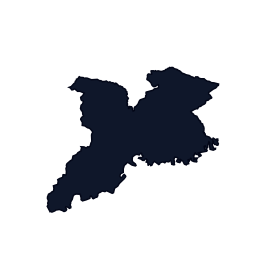 outline of Ntsupe, Qacha's Nek, Lesotho, rotated 344°
{"feature_id": "5366337B15703644997437", "entity_name": "Ntsupe", "entity_type": "district", "adm_level": 2, "iso_a3": "LSO", "parent_name": "Lesotho", "parent_adm1": "Qacha's Nek", "projection": "orthographic", "projection_center": [28.725, -29.92], "detail": "fine", "context": "isolated", "style": "filled", "palette": "ink", "viewbox_px": 256, "rotation_deg": 344, "n_neighbors": 0, "source": "geoboundaries", "source_scale": "gbopen_adm2", "svg_char_len": 5867}
<svg xmlns="http://www.w3.org/2000/svg" viewBox="0 0 256 256"><g transform="rotate(344 128 128)"><path d="M96.2,186.2L98.5,182.2L102.0,181.1L104.4,178.9L110.2,175.8L112.4,174.1L112.4,173.1L111.6,171.7L110.7,171.9L108.1,173.9L107.3,173.7L106.8,171.9L108.3,169.9L111.2,169.4L112.2,165.9L114.2,162.8L115.8,162.2L117.3,161.1L117.9,161.0L119.2,161.9L121.6,164.7L124.6,166.5L125.4,166.2L125.2,164.6L123.1,161.7L123.2,159.8L124.4,156.9L127.9,155.7L129.4,155.8L131.3,157.0L133.3,155.7L134.0,156.0L134.0,158.0L134.8,159.1L134.4,159.7L133.1,160.2L130.4,159.4L129.8,160.0L131.7,161.3L133.1,163.1L134.5,163.6L136.1,162.6L137.1,162.9L137.6,164.3L136.6,164.9L136.1,165.8L137.5,166.4L137.0,169.8L137.9,168.5L139.4,169.4L139.5,170.4L140.6,170.4L142.5,168.3L144.3,167.4L147.5,171.6L148.3,171.4L149.4,170.2L152.2,170.2L153.8,171.6L154.3,171.3L154.3,170.8L155.1,170.6L157.9,171.8L159.7,170.9L160.3,171.7L160.1,173.4L160.4,174.4L160.1,175.0L162.0,176.1L162.6,176.0L162.6,175.0L163.5,173.0L163.3,171.3L164.5,169.2L165.0,168.9L167.1,170.0L167.7,171.0L167.4,172.0L166.5,172.2L165.6,173.2L165.7,173.7L166.4,174.5L168.3,175.5L169.5,174.5L169.1,172.7L169.5,172.5L171.7,175.1L172.1,177.8L172.5,178.5L173.9,179.5L174.8,179.0L176.5,179.0L176.6,177.8L177.1,176.8L176.8,175.8L177.0,175.1L177.5,175.1L178.0,176.4L179.7,174.4L180.3,174.7L180.2,175.4L179.8,175.7L180.5,177.2L182.2,178.5L184.6,179.5L185.0,179.1L184.9,177.5L186.5,176.0L184.5,175.5L183.0,176.7L182.5,176.6L183.4,174.4L183.4,172.3L184.5,172.2L185.1,170.8L185.8,170.5L186.3,172.1L188.1,173.0L188.5,173.8L188.4,175.2L190.5,174.8L190.8,174.4L189.9,172.4L188.6,172.5L188.7,171.2L197.1,172.0L197.8,171.6L197.8,170.8L197.4,169.9L195.9,169.8L196.1,166.7L196.5,166.4L197.4,166.4L197.7,169.0L198.8,169.0L199.3,168.6L200.1,166.0L201.0,165.3L201.9,163.5L202.3,164.0L202.3,165.3L201.7,166.5L201.0,171.1L203.8,172.8L206.2,172.5L206.5,171.7L205.3,171.6L204.7,170.5L204.4,168.2L204.5,166.7L205.5,165.7L205.9,164.0L206.2,164.0L206.4,164.7L206.0,165.2L205.9,165.9L206.8,167.7L207.8,168.0L208.6,169.0L209.6,169.3L210.5,168.1L210.1,165.7L211.0,164.8L211.2,163.3L210.2,163.1L209.7,163.8L209.3,163.7L207.1,161.2L206.0,162.3L204.6,161.2L204.5,160.5L203.9,160.2L203.8,159.3L200.3,156.8L200.5,155.0L200.2,154.9L200.0,154.1L199.5,154.1L199.5,153.5L199.9,153.6L200.1,153.3L199.3,152.4L200.1,151.7L200.9,149.5L201.1,147.9L200.7,146.2L200.8,144.7L199.8,143.8L199.2,142.6L199.5,141.5L198.3,139.7L197.4,135.7L195.0,134.1L194.8,132.8L192.9,130.2L192.8,129.6L196.9,128.4L199.7,128.3L200.2,128.7L201.8,127.1L203.9,127.2L205.3,126.5L208.2,126.0L209.3,125.3L210.3,123.3L213.1,123.3L213.9,122.6L216.5,122.3L216.8,122.0L216.8,121.4L216.1,120.2L216.2,119.4L214.9,117.9L215.3,116.1L220.8,114.1L223.3,113.7L224.8,112.8L225.4,112.0L226.6,112.0L227.2,110.7L223.1,108.3L220.7,107.4L218.9,105.5L217.2,104.9L215.9,103.6L214.7,101.6L211.5,100.7L209.7,99.4L209.2,98.1L207.1,97.5L205.8,98.4L205.1,98.2L204.4,96.9L203.1,96.3L201.4,94.4L197.7,92.4L197.6,91.9L195.9,90.7L195.4,90.8L195.2,90.1L194.7,90.0L194.4,88.8L193.4,87.3L191.5,85.9L191.6,85.5L191.1,85.4L190.8,84.9L188.9,83.8L187.8,82.2L186.1,81.7L185.7,82.0L184.6,81.3L184.0,82.0L183.5,82.1L183.1,81.6L181.8,82.2L180.3,82.2L179.0,83.1L177.8,82.8L176.9,83.0L175.3,82.8L172.6,81.3L171.3,81.5L170.2,80.5L169.1,80.7L168.4,80.1L166.2,79.5L165.8,79.6L165.7,82.7L165.1,82.8L162.5,81.7L162.0,81.9L161.2,82.6L160.9,84.2L159.6,86.3L159.9,87.1L160.8,87.8L162.5,90.6L162.9,93.6L163.7,95.0L164.4,95.5L165.6,95.6L168.9,94.5L169.2,94.9L168.6,97.4L167.2,97.9L164.1,97.7L162.3,98.6L155.4,98.5L154.9,99.3L155.0,100.8L153.9,101.8L153.4,103.3L152.7,104.0L147.5,104.3L146.3,105.2L144.1,107.9L141.7,109.4L140.2,109.7L139.3,110.8L138.9,112.9L137.6,113.2L137.3,111.7L137.6,110.0L137.3,108.6L135.5,107.8L135.1,109.2L134.3,109.6L133.9,109.4L134.4,108.3L133.3,105.8L134.1,105.0L134.1,102.9L134.9,102.2L134.8,101.4L136.5,99.5L135.7,97.7L135.6,96.5L135.8,95.6L136.5,95.5L136.7,94.9L136.6,93.7L136.9,92.9L136.2,92.1L136.3,90.5L135.8,89.6L134.0,88.1L134.1,87.3L133.7,86.7L133.3,86.6L132.0,85.4L131.1,85.4L129.2,82.0L128.1,81.4L127.4,82.3L126.0,80.3L124.3,80.0L123.9,79.1L123.0,78.6L121.5,78.7L120.2,76.9L117.8,76.8L116.6,76.3L116.1,76.5L115.1,75.1L113.6,74.6L111.9,72.8L106.1,71.5L102.6,68.9L101.1,68.3L100.2,68.5L98.9,67.2L96.0,66.1L95.4,65.3L94.4,65.7L94.2,66.7L91.9,66.9L91.5,68.0L90.2,68.6L89.7,69.9L88.3,70.4L84.9,72.5L82.6,72.7L83.6,73.5L84.4,75.8L85.6,76.1L86.9,75.7L87.7,75.9L89.6,78.8L92.0,79.5L95.6,82.4L93.1,84.6L91.7,85.0L90.9,85.7L90.7,87.9L91.4,89.1L92.5,90.0L92.4,90.4L90.7,92.6L89.2,93.2L87.7,96.3L88.1,98.7L88.9,99.2L88.3,102.4L88.6,104.3L86.4,105.0L85.1,106.2L84.9,106.8L85.7,110.1L84.7,112.9L87.0,114.0L89.2,116.6L90.9,117.6L91.7,118.8L92.9,121.7L92.7,122.7L91.5,123.8L91.0,124.8L89.5,131.0L88.2,132.3L86.6,135.0L85.8,135.3L84.8,135.3L83.8,134.9L82.9,135.6L82.1,135.5L80.6,134.1L77.7,133.1L78.0,134.2L76.9,135.8L76.7,136.9L72.9,138.0L72.1,138.8L70.3,139.5L67.4,139.8L65.9,142.6L65.2,143.3L63.6,143.6L59.5,145.5L58.5,146.8L58.4,148.2L57.2,149.9L56.8,152.9L55.7,155.8L54.9,155.9L53.2,155.1L52.6,155.1L52.0,156.7L51.3,157.5L48.2,157.7L46.2,158.3L46.2,159.9L44.9,162.8L40.4,163.0L40.1,165.8L39.0,168.2L37.0,168.5L35.9,169.2L33.4,169.7L31.6,172.1L31.1,173.8L31.4,174.9L31.3,176.0L30.8,177.2L30.1,178.0L30.0,179.9L28.8,181.0L30.0,187.0L30.7,186.8L31.6,187.8L32.3,187.8L34.9,187.5L36.0,187.0L39.5,187.4L42.1,189.2L43.3,190.5L44.3,190.7L45.7,190.3L46.4,189.7L46.6,189.2L46.0,187.1L46.7,186.5L48.4,187.6L49.5,189.1L51.0,188.9L51.4,187.8L51.1,186.0L52.0,184.8L52.5,183.3L54.8,181.1L56.3,178.5L57.9,177.2L60.1,177.2L62.6,178.1L63.4,178.0L63.8,179.4L63.7,182.4L63.1,184.0L64.2,185.5L67.9,185.5L71.9,185.1L73.0,183.1L73.4,183.0L74.0,183.3L74.7,186.0L75.2,186.4L78.3,185.7L78.9,186.0L80.3,184.8L80.4,183.8L81.7,182.3L83.4,182.2L85.9,181.5L88.3,182.8L89.9,182.4L90.5,182.7L94.8,186.4L96.2,186.2Z" fill="#0f172a" stroke="#020617" stroke-width="1.5"/></g></svg>